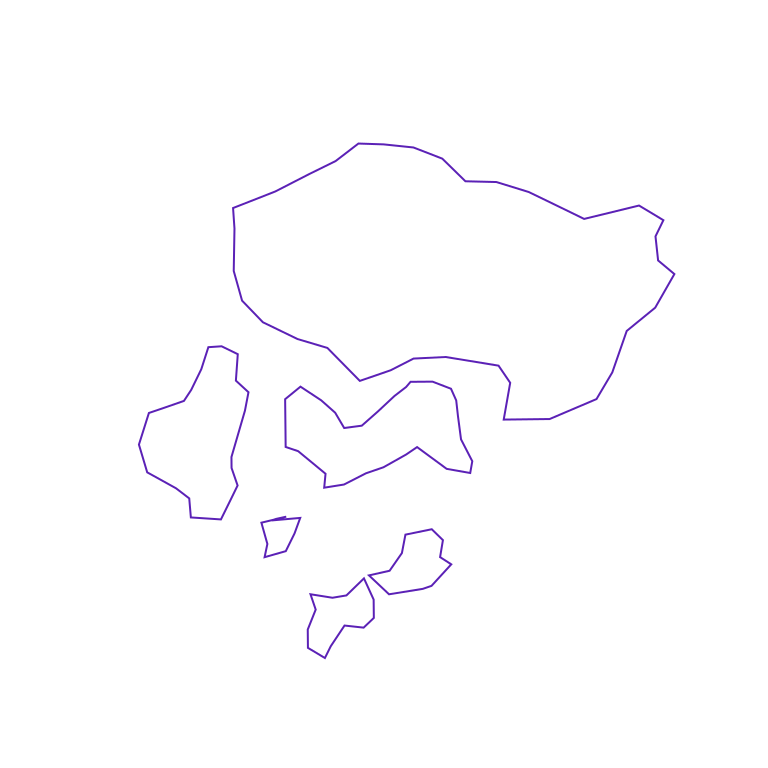 the district of Ganghwa-gun, Gyeonggi, South Korea, rotated 296°
{"feature_id": "91817680B24929628173287", "entity_name": "Ganghwa-gun", "entity_type": "district", "adm_level": 2, "iso_a3": "KOR", "parent_name": "South Korea", "parent_adm1": "Gyeonggi", "projection": "orthographic", "projection_center": [126.329, 37.696], "detail": "fine", "context": "isolated", "style": "outline", "palette": "violet", "viewbox_px": 768, "rotation_deg": 296, "n_neighbors": 0, "source": "geoboundaries", "source_scale": "gbopen_adm2", "svg_char_len": 1708}
<svg xmlns="http://www.w3.org/2000/svg" viewBox="0 0 768 768"><g transform="rotate(296 384 384)"><path d="M588.9,255.6L563.2,242.8L540.1,224.9L509.4,201.9L476.0,171.2L458.1,181.5L419.7,199.4L396.7,219.9L386.4,248.1L386.5,286.6L391.6,317.3L376.2,360.9L399.3,384.0L419.8,399.4L435.3,427.6L450.7,478.9L440.4,496.9L404.5,507.2L425.1,548.2L463.6,581.6L494.5,584.1L538.1,578.9L571.5,594.3L610.1,596.8L615.2,576.2L635.7,563.3L650.8,563.3L653.7,563.3L656.2,535.0L620.1,491.5L620.1,463.2L620.0,429.9L614.8,396.5L601.9,368.3L612.1,337.6L609.5,306.8L599.2,278.6L588.9,255.6ZM353.3,497.2L368.0,477.5L387.8,464.4L400.9,456.1L409.1,446.3L407.4,426.6L397.6,406.9L391.0,405.2L377.9,398.7L356.5,390.5L336.8,382.3L327.0,367.5L336.8,352.7L341.8,334.7L345.0,310.1L327.0,301.8L297.5,316.6L284.3,323.2L286.0,336.3L277.7,370.8L264.6,375.7L276.1,392.1L295.8,406.9L308.9,420.0L330.3,434.8L341.8,441.4L335.2,477.5L341.8,500.5L353.3,497.2ZM281.1,211.6L266.3,196.9L254.9,185.4L222.1,190.3L200.8,209.9L199.1,242.7L195.8,259.1L179.4,268.9L190.8,296.8L212.2,296.9L228.6,296.9L241.7,283.8L251.5,278.9L299.1,270.7L317.2,265.8L322.1,249.4L346.7,239.5L346.7,221.5L340.1,210.0L317.2,213.3L294.2,213.3L281.1,211.6ZM218.6,470.9L205.4,454.4L197.2,480.7L216.9,508.7L223.4,515.2L251.4,523.5L253.0,510.3L269.5,505.4L274.4,490.6L258.0,469.3L239.9,474.2L218.6,470.9ZM200.5,451.2L177.5,442.9L169.3,431.4L162.8,410.1L151.3,421.5L129.9,423.1L113.5,431.3L111.8,451.0L125.0,451.1L149.6,454.4L156.1,472.5L169.3,477.4L185.7,469.2L200.5,451.2ZM213.7,344.4L205.6,334.6L189.1,349.3L176.0,352.6L190.7,369.0L210.4,369.1L226.9,367.4L212.1,342.8L213.7,344.4ZM213.7,344.4L221.9,354.3L215.4,346.1L213.7,344.4Z" fill="none" stroke="#5b21b6" stroke-width="2"/></g></svg>